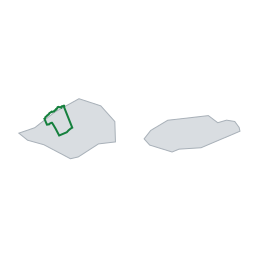 Gagaifomauga III, Gaga'ifomauga, Samoa shown in context, rotated 337°
{"feature_id": "51752279B86884772728329", "entity_name": "Gagaifomauga III", "entity_type": "district", "adm_level": 2, "iso_a3": "WSM", "parent_name": "Samoa", "parent_adm1": "Gaga'ifomauga", "projection": "albers", "projection_center": [-172.519, -13.545], "detail": "fine", "context": "in_parent", "style": "outline", "palette": "green", "viewbox_px": 256, "rotation_deg": 337, "n_neighbors": 0, "source": "geoboundaries", "source_scale": "gbopen_adm2", "svg_char_len": 2218}
<svg xmlns="http://www.w3.org/2000/svg" viewBox="0 0 256 256"><g transform="rotate(337 128 128)"><path d="M94.3,81.9L111.6,97.0L118.4,116.9L111.0,135.9L94.6,131.1L70.9,135.2L63.0,133.8L44.0,110.5L30.8,100.0L25.5,90.1L42.3,91.3L66.8,84.7L94.3,81.9ZM229.8,174.7L187.5,174.7L166.7,167.4L159.2,167.3L141.3,152.2L138.6,144.3L148.0,139.1L167.6,136.4L206.8,148.0L212.7,158.2L221.8,159.3L228.8,163.7L230.5,170.9L229.8,174.7Z" fill="#d9dde1" stroke="#a8b0b8" stroke-width="1"/><path d="M77.9,82.5L77.8,82.4L77.6,82.4L77.4,82.4L77.2,82.4L76.9,82.4L76.7,82.5L76.4,82.6L76.2,82.5L76.1,82.4L76.0,82.5L75.9,82.4L75.7,82.2L75.4,82.2L75.1,82.3L74.9,82.4L74.8,82.5L74.7,82.5L74.3,82.5L74.2,82.5L73.9,82.4L73.9,82.5L73.8,82.4L73.7,82.4L73.4,82.3L73.4,82.2L73.2,82.1L72.9,81.9L72.7,81.8L72.6,81.7L72.4,81.5L72.3,81.4L72.2,81.4L71.9,81.4L71.7,81.3L71.4,81.3L71.2,81.4L71.2,81.5L70.9,81.7L70.9,81.8L70.8,82.0L70.7,82.0L70.5,82.3L70.4,82.3L70.1,82.4L69.9,82.4L69.8,82.5L69.7,82.4L69.4,82.4L69.3,82.5L69.2,82.5L69.1,82.8L69.0,83.0L68.9,83.0L68.7,83.1L68.4,83.1L68.2,83.1L67.9,83.1L67.7,83.1L67.4,83.2L67.4,83.3L67.2,83.4L67.0,83.6L66.9,83.7L66.7,83.7L66.7,83.8L66.4,83.9L66.2,83.9L66.0,83.7L65.9,83.7L65.7,83.6L65.4,83.6L65.2,83.6L64.9,83.6L64.7,83.6L64.4,83.5L64.4,83.4L64.2,83.3L64.1,83.2L64.0,83.3L63.9,83.2L63.7,83.2L63.4,83.3L63.2,83.3L63.0,83.5L62.8,83.5L62.7,83.5L62.4,83.5L62.2,83.5L61.9,83.5L61.7,83.6L61.4,83.7L61.4,83.8L61.2,83.9L61.0,84.0L60.9,84.1L60.6,84.2L60.6,84.3L60.6,84.2L60.6,84.3L60.4,84.5L60.2,84.5L59.8,84.6L59.7,84.6L59.4,84.7L59.2,84.7L59.1,84.8L58.9,84.8L58.7,84.8L58.4,84.9L58.3,85.0L58.2,85.0L57.9,85.2L57.8,85.3L57.7,85.3L57.4,85.4L57.2,85.5L56.9,85.5L56.7,85.6L56.4,85.7L56.3,85.8L56.2,85.8L56.1,86.0L55.9,86.1L55.7,86.3L55.6,86.5L55.4,86.7L55.2,86.8L54.9,86.9L54.7,86.9L54.7,93.0L54.8,93.0L54.9,93.3L55.1,93.3L55.4,93.4L55.5,93.4L55.7,93.5L55.8,93.5L56.0,93.6L56.3,93.6L56.5,93.6L56.7,93.8L57.1,93.7L57.5,93.5L57.9,93.4L58.2,93.3L58.3,93.3L58.5,93.3L58.8,93.3L59.3,93.3L59.5,93.3L59.9,93.4L60.1,93.5L60.6,96.6L61.1,100.5L61.7,108.0L62.9,108.0L64.4,108.0L66.3,108.0L68.5,108.0L69.1,108.0L70.0,108.0L72.4,106.9L75.1,106.1L76.8,105.9L77.3,84.5L77.9,82.5Z" fill="none" stroke="#15803d" stroke-width="2"/></g></svg>